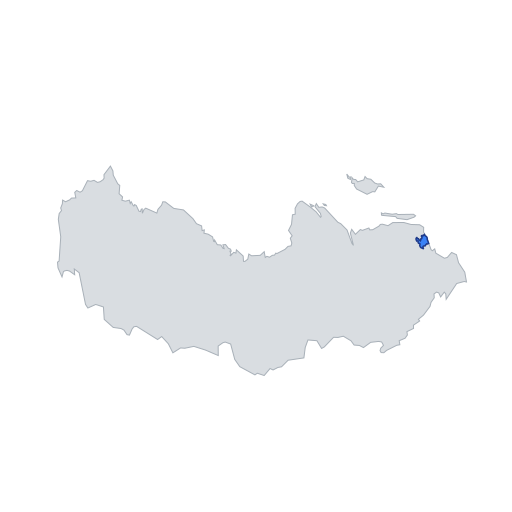 Ronneby, Blekinge, Sweden shown in context, rotated 249°
{"feature_id": "70781695B61980194146420", "entity_name": "Ronneby", "entity_type": "district", "adm_level": 2, "iso_a3": "SWE", "parent_name": "Sweden", "parent_adm1": "Blekinge", "projection": "robinson", "projection_center": [15.274, 56.332], "detail": "fine", "context": "in_parent", "style": "filled", "palette": "blue", "viewbox_px": 512, "rotation_deg": 249, "n_neighbors": 0, "source": "geoboundaries", "source_scale": "gbopen_adm2", "svg_char_len": 4881}
<svg xmlns="http://www.w3.org/2000/svg" viewBox="0 0 512 512"><g transform="rotate(249 256 256)"><path d="M125.2,339.4L126.9,343.0L130.7,342.5L132.3,339.9L134.3,332.1L132.0,323.5L135.4,320.5L137.7,315.7L142.8,314.3L149.8,308.8L150.6,303.3L152.3,299.3L146.6,287.1L146.2,284.1L155.1,282.5L159.0,274.4L153.0,269.2L143.7,264.2L147.2,248.6L143.4,240.1L144.1,236.5L143.5,231.1L145.9,228.8L141.5,220.8L146.1,215.2L145.4,212.4L158.5,201.2L167.1,199.1L182.9,200.8L186.7,196.4L186.9,194.0L185.5,188.4L176.6,185.1L186.4,175.0L193.9,165.6L195.4,156.5L197.2,152.6L195.4,143.7L205.5,142.7L214.6,139.1L213.3,134.2L233.1,119.3L233.7,116.6L232.2,114.1L227.5,109.5L228.8,107.4L234.1,106.2L236.6,104.1L240.5,97.1L251.2,91.6L263.1,95.3L268.2,89.0L267.7,80.4L271.9,79.5L303.8,84.9L309.0,81.7L303.5,80.0L308.8,76.5L310.3,74.4L310.7,71.9L310.4,70.6L306.0,67.4L315.9,66.9L321.4,68.5L321.9,70.4L343.9,80.6L361.1,84.6L366.2,87.5L368.1,90.7L370.8,90.9L374.1,93.9L377.5,95.5L374.9,97.6L375.2,102.3L376.2,104.5L374.8,108.6L380.4,109.6L381.4,112.1L378.6,114.6L379.1,117.3L386.7,125.7L385.0,128.5L384.7,131.9L381.5,134.4L381.2,137.1L382.0,140.5L383.1,142.1L386.4,143.2L392.1,152.3L386.7,152.9L382.6,151.7L373.0,152.8L370.7,154.1L363.2,150.5L359.0,152.6L356.1,150.8L354.0,153.7L353.5,157.8L350.1,157.4L351.4,158.9L346.8,159.5L346.4,160.1L347.5,161.1L346.1,162.3L339.7,162.8L338.9,164.1L340.8,165.6L340.8,166.6L336.6,165.2L339.5,168.1L340.2,170.2L331.6,178.8L334.7,181.2L337.3,186.1L340.0,188.4L339.0,190.7L329.9,196.3L325.0,204.8L313.5,210.5L307.5,212.0L303.6,216.0L299.0,214.8L298.9,217.1L295.9,215.6L293.5,219.2L289.4,222.3L284.8,221.7L284.3,222.3L285.7,223.1L280.4,223.9L278.9,227.1L275.0,227.9L274.3,228.9L278.3,229.1L277.6,231.7L273.1,233.0L271.5,234.7L269.4,234.6L269.8,233.4L266.8,233.4L265.8,232.0L265.3,232.3L267.4,236.5L265.9,238.3L268.8,239.9L260.6,244.0L255.5,242.4L254.9,243.7L256.0,247.2L260.4,250.0L257.8,251.9L255.1,260.2L257.1,265.2L251.3,264.1L251.8,266.0L250.0,268.2L250.8,271.5L250.2,273.6L251.6,275.5L250.8,276.4L251.8,285.5L253.5,289.3L252.9,292.4L255.3,294.1L260.3,294.4L261.9,297.0L268.2,295.5L272.8,300.5L281.4,304.8L281.0,307.6L286.5,309.6L289.8,313.4L291.1,316.7L290.7,318.7L282.3,324.2L275.8,327.9L269.0,330.1L269.4,331.0L272.7,331.4L280.9,328.7L283.3,331.1L278.9,332.1L278.1,335.3L276.2,337.3L258.2,344.5L255.8,346.7L247.7,350.3L233.2,350.1L231.0,350.8L243.6,352.3L246.6,354.9L240.6,356.6L243.3,362.9L241.8,364.5L241.7,371.4L239.6,371.6L238.7,374.4L239.8,381.4L240.9,383.4L240.4,385.4L237.0,390.1L238.2,395.7L234.3,406.0L229.9,412.0L226.5,420.0L222.7,422.8L218.2,421.0L211.5,422.0L199.2,421.7L197.7,422.5L198.6,425.4L194.2,424.9L186.4,431.1L186.1,434.1L189.2,439.9L185.4,443.6L177.1,442.7L166.1,445.1L156.3,443.2L157.6,441.2L158.4,433.5L147.4,418.0L152.6,419.6L154.8,418.8L151.6,413.7L156.1,413.4L157.6,411.6L156.8,408.6L153.1,407.4L150.0,402.8L146.6,400.4L140.8,391.2L138.7,384.9L136.7,385.5L135.0,378.2L131.9,377.1L131.3,369.8L128.0,369.0L125.8,365.7L125.6,359.3L121.6,358.5L122.2,355.4L121.1,344.2L119.9,340.7L121.0,338.2L123.2,337.9L125.2,339.4ZM294.5,373.8L292.7,374.4L291.6,376.5L288.8,377.5L288.4,383.9L291.1,386.3L288.4,387.4L286.5,390.7L281.6,393.0L279.7,395.2L278.7,398.3L274.4,400.0L277.4,395.3L273.3,389.9L274.3,388.0L273.8,381.8L282.5,373.9L286.6,373.0L288.5,373.8L289.2,371.9L290.5,371.5L294.5,373.8ZM238.5,418.0L236.3,419.4L235.6,417.4L235.8,410.0L240.6,401.2L242.7,400.5L248.6,388.6L249.2,387.8L251.3,388.5L249.8,389.7L249.9,391.7L246.2,398.1L245.2,402.3L243.9,403.3L238.5,418.0ZM296.2,371.3L295.8,373.1L293.6,371.6L295.7,369.6L300.0,370.1L296.2,371.3ZM285.0,325.1L282.2,327.9L281.7,326.7L282.2,325.4L285.0,325.1ZM279.1,339.6L277.7,339.8L278.7,337.9L280.6,337.4L279.1,339.6Z" fill="#d9dde1" stroke="#a8b0b8" stroke-width="1"/><path d="M205.8,421.7L206.1,421.7L207.0,421.8L207.9,421.8L209.8,421.8L210.8,422.0L211.3,422.3L212.8,422.2L213.2,422.0L213.6,421.7L214.0,421.3L215.0,421.0L215.7,421.0L215.6,420.7L215.5,420.2L215.2,419.9L215.0,419.3L215.4,419.2L215.1,418.7L215.2,418.2L215.6,417.8L215.2,417.5L213.9,417.6L213.3,417.4L213.1,416.9L212.8,416.6L212.9,416.3L212.9,415.9L212.4,415.6L211.9,415.5L211.5,415.2L211.2,414.9L211.5,414.7L212.2,414.5L212.4,414.1L212.8,414.0L213.5,413.9L213.9,413.9L214.0,413.5L214.3,413.0L214.9,412.9L215.4,412.9L215.6,412.8L215.5,412.3L215.2,412.0L215.0,411.8L214.7,411.5L213.8,411.3L212.4,411.4L212.4,411.5L212.2,412.0L212.1,412.4L211.6,412.6L211.2,412.5L210.7,412.2L210.0,412.2L209.5,412.4L209.3,412.7L209.1,413.2L208.8,413.4L208.3,413.4L207.9,413.1L207.2,412.6L206.0,412.6L205.3,412.7L204.5,413.1L204.2,413.4L203.9,413.8L203.6,414.2L203.1,414.5L202.9,414.9L203.0,415.0L203.6,415.0L204.3,415.1L204.7,415.1L205.0,415.4L205.2,415.7L205.2,416.3L205.1,416.9L204.8,417.4L205.0,417.7L205.2,417.9L205.3,418.2L205.7,418.5L205.9,419.2L206.2,419.6L205.8,420.1L205.8,420.9L205.8,421.7Z" fill="#3b82f6" stroke="#1e3a8a" stroke-width="1.5"/></g></svg>